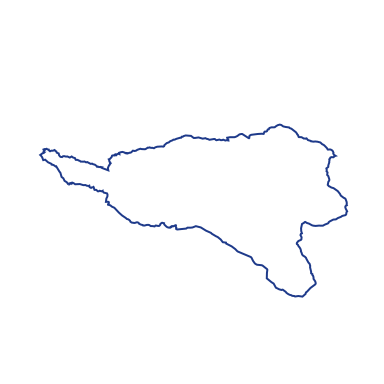 the district of Ibanesti, Mures, Romania, rotated 11°
{"feature_id": "2599482B16431385542247", "entity_name": "Ibanesti", "entity_type": "district", "adm_level": 2, "iso_a3": "ROU", "parent_name": "Romania", "parent_adm1": "Mures", "projection": "robinson", "projection_center": [25.127, 46.761], "detail": "fine", "context": "isolated", "style": "outline", "palette": "blue", "viewbox_px": 384, "rotation_deg": 11, "n_neighbors": 0, "source": "geoboundaries", "source_scale": "gbopen_adm2", "svg_char_len": 6042}
<svg xmlns="http://www.w3.org/2000/svg" viewBox="0 0 384 384"><g transform="rotate(11 192 192)"><path d="M313.1,274.9L316.3,273.8L320.4,273.6L322.9,270.4L323.0,268.9L324.0,267.8L326.6,263.6L330.5,259.3L330.9,258.4L330.6,257.3L330.0,256.2L327.9,254.1L327.5,252.4L326.8,251.1L326.0,250.5L325.8,249.6L324.5,249.1L324.1,247.4L322.3,243.5L322.1,241.9L321.1,240.0L319.7,239.0L316.9,235.6L316.5,234.9L315.4,234.1L312.9,233.1L312.0,232.3L311.0,230.4L310.3,229.7L310.1,228.6L309.2,227.0L307.9,225.6L307.1,225.1L306.0,223.6L304.9,223.1L304.7,222.7L304.7,221.8L305.8,219.8L308.1,218.2L308.4,217.6L308.2,215.5L306.7,213.6L306.9,212.3L307.8,211.6L306.7,209.6L306.0,206.8L306.1,202.4L307.9,200.8L308.3,200.1L308.9,199.8L310.8,200.5L312.8,200.7L316.2,201.8L317.7,201.9L319.9,201.7L322.9,200.8L326.9,200.1L328.7,198.6L331.4,196.9L331.8,196.4L332.0,195.5L332.7,194.7L335.2,192.7L336.0,192.1L338.5,191.4L340.2,189.7L342.9,188.0L344.1,186.8L347.1,185.4L347.6,184.5L347.5,182.3L348.0,181.4L346.2,179.2L345.4,177.8L345.3,177.0L345.5,176.4L346.6,175.4L346.1,174.7L346.1,173.6L345.7,172.3L344.1,169.6L343.0,168.9L342.1,168.8L338.7,167.1L337.7,165.7L334.9,163.3L330.2,161.2L327.9,161.0L326.0,160.3L325.3,160.2L323.9,159.1L323.9,155.9L324.5,154.6L324.4,153.4L322.7,150.3L321.4,149.4L321.3,146.9L320.1,146.0L320.1,144.7L319.4,143.2L320.9,141.5L320.9,140.8L320.7,140.0L321.1,136.5L320.9,136.0L320.9,134.6L320.5,133.7L321.0,133.1L321.2,132.5L321.2,131.9L322.1,131.2L324.2,130.9L325.4,129.4L326.0,129.1L324.2,128.4L323.3,127.2L323.4,126.5L322.5,125.1L321.6,124.4L320.1,123.9L319.2,123.9L317.5,124.4L317.1,124.4L316.1,123.2L313.7,121.5L312.4,120.7L310.6,120.2L308.6,118.9L305.6,118.7L303.3,118.9L301.6,119.4L299.1,119.5L298.9,119.2L295.9,118.9L294.2,117.5L293.3,118.0L292.7,117.9L291.6,118.2L289.1,117.3L286.4,117.7L286.0,117.4L285.3,116.0L284.3,115.4L284.1,114.9L282.6,113.5L277.5,110.9L275.6,110.6L275.0,110.1L271.6,110.3L269.0,110.2L266.9,109.2L265.3,109.1L263.5,110.0L262.2,111.1L260.8,112.7L257.6,113.4L255.8,114.4L255.4,115.8L254.4,116.2L254.0,117.9L253.5,118.4L251.8,118.9L251.6,119.3L251.2,121.3L249.4,121.5L245.5,122.5L239.1,124.6L237.8,125.7L237.7,126.8L237.9,128.0L237.7,128.3L237.3,128.3L230.3,125.5L229.5,125.6L227.6,126.4L225.8,128.4L224.2,129.6L223.2,130.1L219.0,130.9L216.2,132.0L216.7,133.0L217.7,133.8L217.9,134.5L216.2,134.5L214.9,135.1L212.6,134.7L211.7,135.3L210.4,135.6L208.9,135.3L206.1,136.5L205.3,136.3L204.7,135.8L203.7,135.7L199.2,137.4L197.4,137.0L196.1,137.0L195.0,136.6L192.3,137.6L188.0,137.2L184.6,138.4L183.3,138.6L180.3,137.1L175.0,137.7L173.0,138.8L172.4,139.5L171.4,139.7L171.1,140.6L170.8,140.9L170.2,140.9L166.5,142.8L165.0,143.9L163.7,144.2L163.0,145.0L160.9,146.3L159.8,147.7L157.9,148.8L157.3,149.5L155.9,151.4L155.9,152.3L155.3,152.9L153.4,153.1L149.2,154.2L147.4,155.2L146.3,156.3L144.6,156.2L143.3,156.5L141.8,156.3L141.1,156.8L140.1,156.9L138.6,158.4L137.7,159.0L134.2,159.5L133.0,159.4L130.3,161.0L129.2,162.1L127.8,162.7L126.1,162.7L124.8,164.6L124.2,165.1L123.0,165.4L122.4,166.0L120.0,166.2L119.9,166.3L120.1,166.6L119.1,166.6L118.6,166.2L116.2,165.9L114.6,166.5L113.0,167.4L113.5,168.7L112.2,168.5L110.7,169.5L110.9,169.8L110.8,170.1L109.7,169.6L109.3,169.9L109.8,170.6L108.8,171.0L107.5,171.1L106.6,171.6L106.4,173.1L105.1,175.2L104.1,175.8L104.5,176.3L105.2,178.0L106.0,178.5L106.0,179.2L106.6,179.4L105.7,181.2L105.8,181.3L105.4,182.0L104.9,184.2L105.0,185.0L105.7,186.7L99.2,185.6L98.3,185.3L98.6,184.9L98.4,184.9L97.5,184.8L96.0,185.3L94.8,185.0L94.1,185.4L93.4,184.7L91.4,183.7L89.5,183.6L88.5,183.2L87.3,183.7L86.7,183.6L83.5,182.6L82.4,183.1L80.6,182.6L79.8,182.9L76.9,183.4L75.8,182.8L74.6,182.7L73.7,182.3L71.7,182.6L71.3,182.1L70.7,181.1L68.5,180.8L67.1,180.1L65.5,181.5L62.8,180.9L61.6,181.3L59.7,181.2L58.6,181.5L57.8,182.5L56.3,182.6L55.5,182.2L54.4,181.1L53.8,179.6L51.7,179.2L51.1,178.1L50.1,177.8L49.1,177.0L47.6,178.0L46.0,178.3L44.9,179.1L43.6,178.4L43.3,177.7L42.0,177.8L41.1,177.3L40.4,177.7L39.1,178.0L38.3,178.5L39.4,179.3L38.8,180.6L38.6,180.6L38.7,181.8L39.2,181.7L38.9,182.1L37.9,182.5L36.0,184.6L36.7,185.0L38.3,186.5L39.9,189.1L41.7,188.3L45.0,190.3L48.7,191.2L49.0,191.9L50.9,191.9L53.6,193.1L53.9,192.8L58.0,197.3L59.1,198.2L61.1,202.1L63.1,203.1L64.8,205.4L67.2,206.3L68.7,207.7L70.3,206.8L70.4,207.6L72.1,206.0L72.5,206.6L73.2,205.7L74.3,206.0L75.8,206.7L80.4,205.6L84.0,206.0L86.2,205.5L87.4,205.9L89.5,205.8L90.0,205.4L90.6,206.8L92.1,207.2L92.3,206.8L93.8,206.3L94.3,205.8L94.7,206.2L95.0,207.1L95.9,208.5L97.6,208.2L99.5,209.3L100.3,209.1L101.1,208.4L103.0,208.6L104.0,207.9L104.1,208.5L104.8,208.8L105.5,209.4L108.9,209.6L109.6,210.8L109.8,212.6L109.2,214.7L109.4,218.1L111.5,217.6L112.1,217.7L112.4,218.2L112.5,219.1L112.4,219.7L111.9,220.1L111.2,220.4L114.5,220.7L116.0,221.6L118.8,222.3L124.2,226.2L127.9,228.4L131.9,230.1L133.2,230.9L134.7,231.0L135.8,231.5L136.7,232.1L137.2,232.9L138.6,233.5L141.2,233.4L141.9,233.2L143.5,232.3L144.2,232.2L145.4,232.4L146.2,233.3L148.4,233.8L149.9,233.8L150.3,234.2L151.8,234.0L153.8,233.0L155.2,232.6L156.3,232.6L158.0,233.3L160.4,232.9L161.5,233.0L161.9,232.9L162.5,232.0L162.9,231.8L165.3,231.8L166.4,231.4L167.0,230.3L167.1,229.3L167.9,228.4L168.5,227.9L170.5,228.0L170.5,228.5L171.4,229.5L173.6,230.9L174.6,231.3L176.2,231.4L177.6,231.1L177.8,230.9L177.6,230.3L177.8,230.1L178.5,230.1L178.8,229.3L179.3,229.2L179.9,229.4L182.1,227.8L182.4,227.7L182.7,228.1L182.5,229.0L183.5,230.2L183.4,231.2L183.9,231.5L184.7,231.6L193.3,229.0L194.3,227.9L197.4,227.3L199.3,226.7L202.3,224.8L207.4,225.1L213.2,227.3L218.4,228.5L219.4,229.2L224.1,230.9L225.8,231.3L228.2,232.6L229.2,233.1L231.8,235.4L235.0,235.2L235.4,236.1L241.3,237.8L245.4,239.8L247.5,241.3L248.3,241.7L262.1,244.6L262.9,245.1L265.1,248.0L267.2,250.0L268.1,250.5L269.7,251.0L274.1,250.6L275.2,250.7L280.4,253.4L280.8,254.0L281.0,257.1L281.9,262.5L287.3,265.4L289.6,266.3L292.6,269.9L296.2,270.9L298.5,271.1L299.4,270.6L299.8,270.6L303.0,272.1L304.0,273.0L306.1,273.9L307.6,274.3L309.3,274.4L310.1,274.8L312.3,274.6L313.1,274.9Z" fill="none" stroke="#1e3a8a" stroke-width="2"/></g></svg>